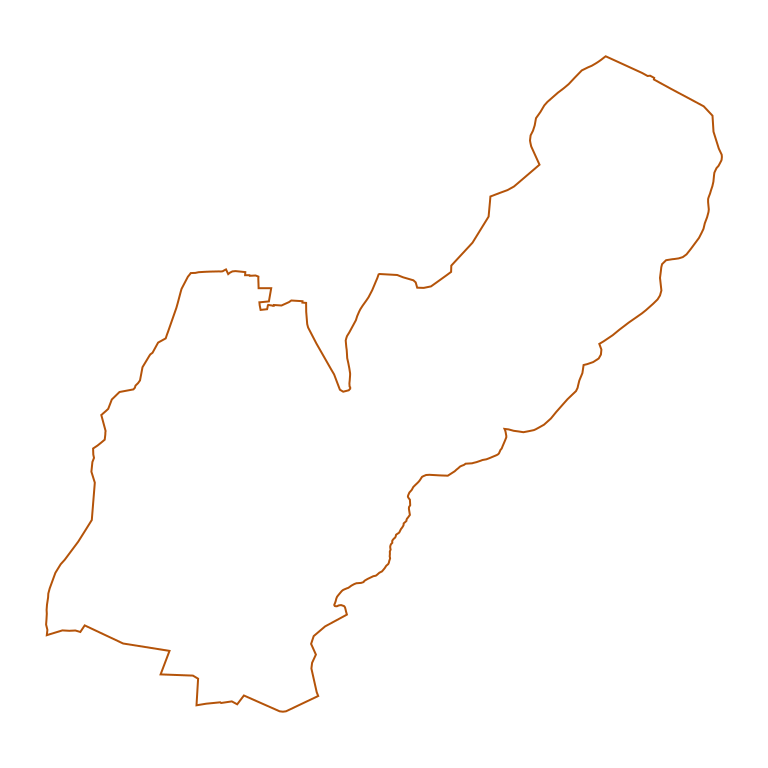 Titesti, Arges, Romania (Equal Earth projection)
{"feature_id": "2599482B73209065312758", "entity_name": "Titesti", "entity_type": "district", "adm_level": 2, "iso_a3": "ROU", "parent_name": "Romania", "parent_adm1": "Arges", "projection": "equal_earth", "projection_center": [24.984, 45.011], "detail": "fine", "context": "isolated", "style": "outline", "palette": "amber", "viewbox_px": 768, "rotation_deg": 0, "n_neighbors": 0, "source": "geoboundaries", "source_scale": "gbopen_adm2", "svg_char_len": 5545}
<svg xmlns="http://www.w3.org/2000/svg" viewBox="0 0 768 768"><path d="M346.9,614.6L346.0,611.4L345.5,609.2L345.0,607.4L344.2,606.2L342.7,605.6L342.0,605.4L341.3,605.1L340.6,605.1L338.4,605.5L337.5,606.1L336.1,606.3L334.8,606.0L334.4,605.4L334.3,604.7L335.0,603.1L335.7,601.1L336.3,598.6L337.1,596.7L338.6,594.8L340.1,593.0L341.7,591.1L342.9,590.1L344.3,589.4L347.2,588.2L348.2,587.9L349.7,586.9L350.7,586.1L351.8,585.4L354.4,584.0L356.6,583.2L357.4,583.2L361.1,582.9L363.5,582.1L364.3,581.0L365.1,580.4L367.7,578.9L373.3,576.2L375.8,575.7L376.9,574.9L379.4,572.7L382.0,571.4L384.6,568.3L386.3,565.7L388.2,564.1L388.9,562.6L389.2,561.1L389.6,559.9L390.1,558.4L389.7,556.3L389.8,555.3L389.9,554.1L389.9,553.0L389.8,551.7L390.2,550.5L390.6,549.6L390.3,548.0L390.2,546.8L390.4,545.7L390.6,545.1L391.0,544.2L391.5,543.7L392.3,542.8L392.2,541.0L392.7,540.0L393.9,538.6L395.1,537.6L395.6,536.7L396.1,534.7L397.4,533.8L398.7,533.0L399.3,532.4L400.2,530.6L401.0,529.0L402.2,527.5L403.3,525.7L403.6,524.9L403.6,524.1L403.7,523.4L404.0,523.1L405.4,521.9L406.4,520.9L406.5,520.2L406.6,519.5L407.0,518.7L408.0,517.5L409.9,514.9L408.9,508.8L409.0,507.1L410.2,505.2L409.9,499.7L408.7,498.2L407.9,496.8L408.1,495.5L409.4,492.5L410.6,491.2L411.8,489.8L413.3,487.0L415.4,484.9L417.1,483.3L418.5,481.9L419.5,480.7L420.4,479.4L421.6,477.5L422.1,476.8L423.5,476.1L426.1,475.0L429.4,474.8L439.9,475.4L447.8,475.7L454.8,471.2L456.4,469.7L458.4,468.1L460.0,466.6L461.4,465.9L464.0,464.9L465.6,463.7L472.1,463.3L473.4,462.9L476.6,462.1L480.7,460.7L482.5,460.0L486.4,459.3L489.3,458.2L496.9,455.0L498.2,454.2L499.0,453.3L499.3,452.6L499.6,451.9L500.0,451.1L500.3,450.2L501.7,448.5L502.6,446.2L504.4,442.0L505.2,440.1L506.3,437.3L506.3,435.9L506.1,434.8L505.6,432.0L505.2,430.5L504.5,428.9L508.6,429.4L513.7,430.8L518.2,431.4L523.4,432.2L528.7,431.2L533.9,430.1L535.7,429.3L539.2,427.4L544.0,424.7L550.9,418.5L554.0,414.7L556.1,412.1L559.2,408.6L562.8,404.5L567.6,399.1L572.1,394.8L576.0,391.1L577.6,387.8L578.0,385.9L579.3,380.6L580.4,377.9L582.4,373.1L583.6,365.0L587.0,364.2L593.1,362.1L598.7,358.5L600.9,354.6L601.4,349.6L599.3,343.9L603.5,341.4L612.7,335.2L619.4,329.7L628.7,322.6L641.9,313.4L645.9,310.2L653.1,303.8L657.6,299.4L660.0,295.5L661.4,290.5L660.0,277.9L660.9,270.8L661.3,267.2L662.1,264.1L666.1,260.2L672.4,259.2L674.4,259.0L678.6,258.4L682.8,257.1L686.5,254.4L690.7,249.1L699.0,237.9L701.7,232.6L703.5,228.8L704.8,223.3L707.1,217.2L708.5,212.0L708.8,209.4L708.4,205.3L708.1,202.1L708.1,199.2L708.3,198.3L708.9,196.5L710.0,193.7L710.5,192.0L711.0,190.3L712.4,186.1L713.4,181.7L714.1,174.7L714.4,172.6L716.5,168.1L718.5,165.9L719.9,163.3L721.3,160.6L721.6,159.7L721.9,157.0L721.7,154.7L718.8,148.6L717.4,144.1L713.5,131.7L712.5,115.7L703.7,106.3L671.3,89.0L653.9,79.5L654.2,77.9L650.1,75.7L647.6,76.0L642.2,73.0L618.2,62.0L605.7,56.3L604.2,57.4L601.4,59.6L599.6,60.9L597.7,62.2L595.8,63.4L591.7,65.8L587.9,67.4L581.8,70.4L574.9,77.5L568.7,84.1L563.7,88.3L557.9,92.7L547.5,101.8L544.3,105.4L540.4,112.0L536.0,118.2L534.7,125.4L533.0,130.7L530.6,135.4L530.0,140.5L530.4,142.8L531.2,146.4L539.5,164.7L514.0,186.5L507.5,190.1L500.4,192.7L490.4,196.5L490.0,201.4L488.6,216.6L472.5,242.7L451.3,265.6L451.1,271.9L446.5,275.3L436.9,282.2L431.0,286.4L423.7,287.9L417.2,287.7L415.7,282.4L413.4,280.3L403.1,277.3L397.2,275.0L379.5,274.0L378.6,274.4L377.3,278.1L375.8,281.6L374.3,285.2L372.2,290.2L369.7,295.0L368.5,297.3L366.4,300.4L362.6,305.7L360.3,309.3L359.2,311.5L357.2,316.1L355.9,320.2L349.3,332.4L347.0,336.1L346.3,338.2L345.7,340.5L346.3,347.1L346.7,349.9L347.0,354.5L347.2,358.1L348.3,363.1L349.3,368.2L350.1,373.3L350.1,375.0L349.7,380.6L349.4,383.4L349.5,385.0L349.6,386.6L350.2,387.3L350.2,388.7L348.7,390.3L343.2,391.7L339.9,389.7L337.5,383.4L334.1,374.4L331.1,369.3L328.2,364.2L316.4,343.5L308.1,327.5L307.2,324.1L306.2,311.8L306.1,302.9L302.4,302.6L302.5,301.2L291.3,300.5L289.0,302.1L283.9,304.4L281.5,305.5L273.9,305.0L273.8,305.8L272.9,305.8L272.8,305.6L270.5,305.3L268.2,304.9L267.8,305.7L267.4,308.0L267.1,309.2L260.6,309.9L259.7,305.3L259.4,302.3L260.9,302.2L268.9,301.4L271.2,288.2L261.0,288.2L258.6,288.2L258.5,284.3L258.3,279.0L258.4,276.6L255.6,275.5L249.7,275.8L249.5,275.2L245.1,275.2L245.3,272.1L235.5,271.1L232.4,271.4L229.9,272.7L228.2,274.1L226.0,269.4L224.3,270.3L222.6,271.3L220.6,271.5L219.1,271.4L210.2,271.6L205.2,271.8L198.6,272.2L195.4,272.9L192.5,273.0L190.7,273.1L189.8,274.4L187.9,276.7L182.1,287.8L181.5,289.0L180.6,292.2L177.8,302.8L176.4,307.8L167.9,332.1L167.0,334.5L165.7,338.4L158.1,342.6L153.0,351.9L152.5,352.8L150.4,354.3L149.6,355.4L145.7,361.9L142.5,367.2L141.8,370.9L140.9,375.7L140.0,380.4L138.0,383.2L135.5,385.6L134.9,387.7L133.4,389.4L119.5,392.0L111.8,399.5L110.4,403.2L108.2,408.9L105.8,411.1L101.3,415.0L105.6,431.0L105.4,432.2L105.3,434.7L105.0,437.2L104.7,439.7L101.2,442.6L97.6,445.5L93.1,448.5L93.3,454.6L94.0,457.9L92.4,462.0L91.4,471.7L93.7,479.1L94.8,482.6L94.6,485.3L93.3,501.3L91.8,520.0L85.0,530.9L78.2,541.7L71.4,550.8L64.7,559.8L60.7,564.2L55.4,572.8L53.5,578.0L49.7,588.4L48.3,593.6L48.1,597.4L47.0,604.6L46.6,609.9L46.8,613.7L46.5,619.1L46.1,624.6L47.4,629.9L46.8,635.2L48.6,634.6L62.4,630.4L69.3,630.8L75.4,630.5L80.3,632.0L84.7,625.4L123.1,643.5L169.5,650.9L160.6,674.4L192.9,675.6L198.1,678.7L196.5,705.3L206.2,703.7L213.3,703.0L220.2,702.3L221.1,703.0L231.8,701.4L237.2,704.3L243.9,695.5L279.6,711.3L282.9,711.7L286.0,711.3L318.2,696.0L316.7,692.2L311.4,668.5L312.1,662.8L315.9,654.6L311.1,643.9L313.7,636.1L325.1,626.4L346.9,614.6Z" fill="none" stroke="#b45309" stroke-width="2"/></svg>